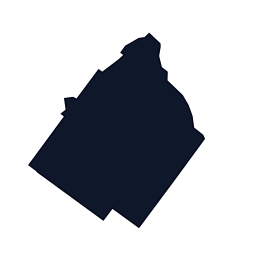 Haywood, Tennessee, United States of America, rotated 35°
{"feature_id": "52423323B54587170177345", "entity_name": "Haywood", "entity_type": "district", "adm_level": 2, "iso_a3": "USA", "parent_name": "United States of America", "parent_adm1": "Tennessee", "projection": "equal_earth", "projection_center": [-89.334, 35.61], "detail": "fine", "context": "isolated", "style": "filled", "palette": "ink", "viewbox_px": 256, "rotation_deg": 35, "n_neighbors": 0, "source": "geoboundaries", "source_scale": "gbopen_adm2", "svg_char_len": 550}
<svg xmlns="http://www.w3.org/2000/svg" viewBox="0 0 256 256"><g transform="rotate(35 128 128)"><path d="M105.7,40.7L91.2,38.6L90.1,44.4L85.7,48.5L79.2,62.4L79.1,70.1L83.1,70.2L81.5,77.5L75.1,97.4L70.7,97.3L69.6,134.1L65.5,134.6L59.4,140.2L67.2,148.6L65.4,154.4L69.6,154.6L68.2,215.0L77.3,215.3L79.5,215.8L160.4,217.4L160.9,202.4L193.8,203.0L195.5,143.8L196.6,93.1L193.5,91.2L181.6,90.4L173.6,81.7L164.2,75.1L153.8,70.3L132.6,67.0L127.9,59.8L120.5,59.4L111.6,51.6L107.5,43.0L105.7,40.7Z" fill="#0f172a" stroke="#020617" stroke-width="1.5"/></g></svg>